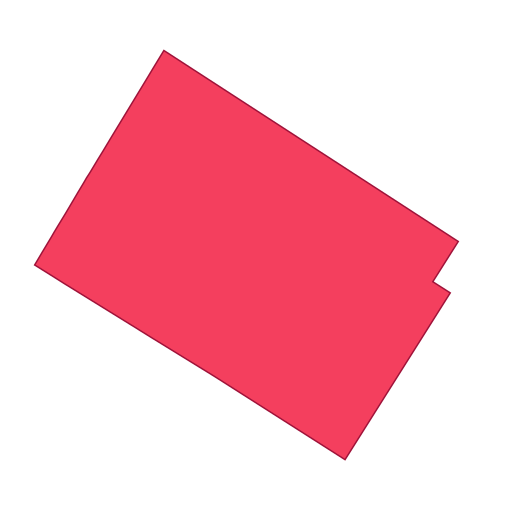 outline of Jasper, Missouri, United States of America, rotated 31°
{"feature_id": "52423323B94294410051786", "entity_name": "Jasper", "entity_type": "district", "adm_level": 2, "iso_a3": "USA", "parent_name": "United States of America", "parent_adm1": "Missouri", "projection": "natural_earth1", "projection_center": [-94.517, 37.206], "detail": "fine", "context": "isolated", "style": "filled", "palette": "rose", "viewbox_px": 512, "rotation_deg": 31, "n_neighbors": 0, "source": "geoboundaries", "source_scale": "gbopen_adm2", "svg_char_len": 622}
<svg xmlns="http://www.w3.org/2000/svg" viewBox="0 0 512 512"><g transform="rotate(31 256 256)"><path d="M441.5,187.6L420.8,187.0L421.9,139.4L71.2,127.3L71.1,148.2L71.1,149.5L71.1,160.3L70.8,228.1L70.8,230.4L70.8,237.1L70.8,238.1L70.8,244.7L70.7,254.7L70.7,255.0L70.7,265.3L70.7,270.1L70.5,276.3L70.6,281.5L70.6,293.4L70.8,316.1L70.8,318.2L70.7,331.7L70.7,339.2L70.8,345.2L70.8,347.6L70.8,347.8L70.8,353.5L70.8,353.9L70.8,362.8L70.9,377.7L98.1,378.2L106.0,378.4L184.0,379.4L186.2,379.4L196.5,379.6L203.6,379.7L210.2,379.8L282.4,380.6L437.2,384.7L441.5,187.6Z" fill="#f43f5e" stroke="#9f1239" stroke-width="1.5"/></g></svg>